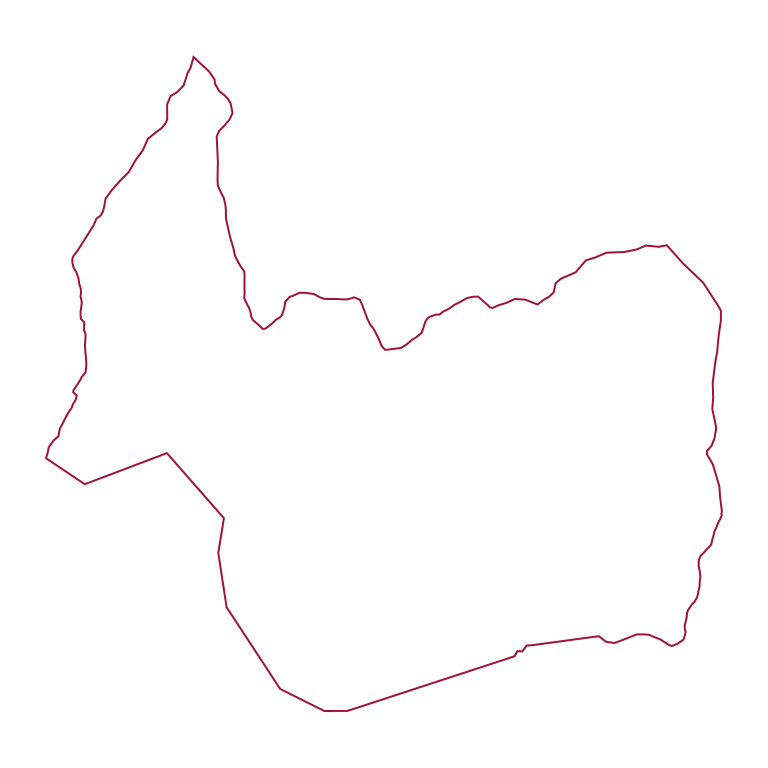 the district of Samphelling, Chhukha, Bhutan
{"feature_id": "84629894B17389160207490", "entity_name": "Samphelling", "entity_type": "district", "adm_level": 2, "iso_a3": "BTN", "parent_name": "Bhutan", "parent_adm1": "Chhukha", "projection": "equal_earth", "projection_center": [89.481, 26.851], "detail": "fine", "context": "isolated", "style": "outline", "palette": "rose", "viewbox_px": 768, "rotation_deg": 0, "n_neighbors": 0, "source": "geoboundaries", "source_scale": "gbopen_adm2", "svg_char_len": 3600}
<svg xmlns="http://www.w3.org/2000/svg" viewBox="0 0 768 768"><path d="M666.8,245.2L658.9,246.8L645.8,245.6L636.9,249.4L624.3,252.0L606.5,252.7L594.4,257.8L586.0,260.3L575.6,272.3L560.9,278.7L555.7,283.1L553.6,292.4L548.9,296.9L544.2,299.5L537.4,304.5L525.3,299.6L514.8,299.0L510.7,300.9L506.5,302.8L498.1,305.4L492.9,307.9L489.7,307.3L488.1,305.4L478.1,296.6L473.4,296.7L467.1,298.0L464.0,299.8L459.3,302.4L454.3,304.9L448.9,308.8L443.0,311.7L439.5,314.6L435.7,314.6L429.8,316.8L427.3,318.6L425.3,321.9L422.6,330.2L421.5,333.2L419.3,334.6L416.4,337.2L412.3,339.6L406.3,344.7L400.8,348.0L393.3,348.9L389.0,349.5L385.0,349.8L381.5,345.7L378.9,339.1L375.8,333.0L373.2,328.2L370.3,324.8L367.4,318.9L365.2,313.0L361.7,303.6L359.9,299.9L357.3,298.6L354.0,297.3L351.8,298.2L347.8,299.3L343.6,299.4L336.5,299.0L329.3,299.0L324.0,298.8L319.8,297.3L313.9,294.0L305.0,292.8L299.4,292.8L292.8,295.9L289.7,296.8L285.2,302.0L284.3,307.9L282.1,314.7L280.0,317.4L275.8,319.8L272.1,323.5L266.7,327.7L264.9,328.8L262.5,328.8L259.8,326.0L253.0,320.1L251.2,316.6L250.8,313.4L249.1,307.9L247.7,305.5L245.3,300.7L244.2,297.9L244.6,293.9L244.5,289.8L244.5,285.9L244.5,280.0L244.5,274.1L244.1,271.0L240.3,265.8L236.8,259.5L234.8,255.1L233.3,247.7L230.1,237.2L227.6,225.9L225.9,218.2L225.9,210.6L225.5,205.6L223.8,197.9L221.1,192.9L217.8,185.3L217.6,180.7L217.6,176.4L217.7,169.6L217.9,161.8L217.7,158.3L217.3,148.9L216.7,136.5L219.2,130.8L224.3,125.7L229.6,119.4L232.5,113.2L231.5,107.6L230.4,102.8L227.7,98.6L224.9,95.6L219.3,91.2L217.8,88.6L214.9,83.6L214.7,79.7L209.4,71.9L205.9,68.4L199.5,62.7L193.6,57.0L190.6,67.6L187.6,73.1L183.6,85.5L177.0,92.3L170.7,95.9L167.1,104.5L167.2,111.5L167.2,119.5L165.4,123.4L162.1,127.7L154.8,133.2L147.9,138.8L142.9,150.1L135.3,160.5L128.7,172.1L120.1,180.7L112.0,189.9L105.6,198.5L104.9,202.4L104.4,205.6L103.1,211.1L100.6,215.6L96.6,218.4L93.3,225.8L85.2,238.6L78.1,249.9L73.3,256.4L72.3,258.8L72.3,262.2L73.6,267.7L76.4,272.2L78.5,278.6L79.2,283.8L80.8,288.7L81.0,293.2L80.5,296.3L81.3,299.6L81.8,303.0L81.3,306.7L80.6,311.2L80.6,315.5L80.9,318.9L84.2,322.2L84.2,324.6L84.0,330.1L85.5,334.2L85.5,337.1L84.9,345.6L85.3,350.3L85.4,353.2L85.8,355.9L86.3,363.0L86.2,367.3L85.4,372.5L81.5,377.3L80.5,379.6L77.1,385.0L73.7,389.9L73.1,392.0L76.7,395.4L75.9,399.3L72.9,404.3L71.8,407.5L67.9,413.4L66.1,416.7L59.8,429.0L59.3,431.4L58.5,436.2L53.3,440.8L48.9,447.1L47.7,452.5L46.1,458.3L54.3,463.8L84.7,484.2L166.9,453.1L223.9,518.2L218.3,553.0L226.6,607.2L280.2,689.0L324.3,711.0L347.5,710.9L514.4,656.3L517.5,651.1L522.3,651.4L526.6,645.5L532.3,645.2L594.0,636.8L599.0,636.3L606.1,641.8L614.6,643.0L625.9,638.7L636.6,634.4L643.6,634.4L649.0,634.8L653.9,636.9L660.3,639.4L668.8,644.9L672.0,646.0L677.8,643.6L679.5,642.4L682.8,640.2L683.9,638.6L684.7,635.8L685.6,632.3L684.8,628.6L684.7,625.8L685.6,622.1L686.5,618.0L686.8,615.9L687.2,612.2L688.0,610.2L691.8,604.5L694.4,602.0L696.7,598.0L697.6,595.5L698.2,592.7L698.8,589.5L699.7,585.6L699.6,583.4L699.7,581.4L700.4,577.3L699.8,571.3L699.3,569.1L698.7,566.3L698.7,564.1L698.7,560.7L699.6,558.1L700.7,555.7L702.1,554.4L703.8,552.7L705.1,551.1L706.8,549.3L708.3,547.7L709.7,546.4L711.2,544.5L712.3,539.8L713.6,535.1L714.6,531.1L716.1,528.0L717.7,523.9L718.8,521.3L720.0,519.5L721.6,515.6L721.5,513.5L721.9,511.4L720.2,497.8L719.3,486.2L712.9,464.5L707.0,454.4L707.0,450.9L711.6,445.8L714.5,438.3L716.2,428.2L714.9,421.1L712.3,409.2L713.2,397.1L712.7,383.0L715.2,362.8L717.2,351.2L718.8,334.5L720.9,320.4L720.9,310.8L719.2,307.6L717.5,304.8L703.1,282.6L684.9,265.2L683.3,263.8L666.8,245.2Z" fill="none" stroke="#9f1239" stroke-width="2"/></svg>